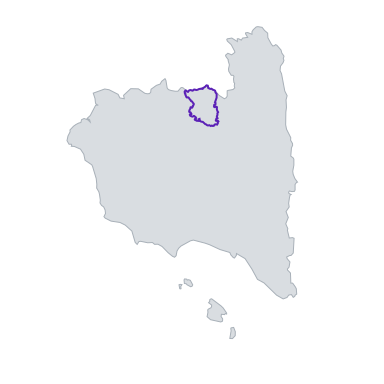 Salamanca on a map of Spain (Albers equal-area conic projection), rotated 80°
{"feature_id": "ESP-5841", "entity_name": "Salamanca", "entity_type": "Autonomous Community", "adm_level": 1, "iso_a3": "ESP", "parent_name": "Spain", "parent_adm1": "", "projection": "albers", "projection_center": [-6.114, 40.774], "detail": "fine", "context": "in_parent", "style": "outline", "palette": "violet", "viewbox_px": 384, "rotation_deg": 80, "n_neighbors": 0, "source": "natural_earth", "source_scale": "10m", "svg_char_len": 6655}
<svg xmlns="http://www.w3.org/2000/svg" viewBox="0 0 384 384"><g transform="rotate(80 192 192)"><path d="M200.6,86.4L200.7,87.4L202.5,89.2L207.8,90.1L209.1,90.9L209.0,93.5L207.9,95.9L209.0,96.9L210.3,96.8L211.7,94.8L212.1,96.0L214.5,97.0L219.9,98.8L223.6,98.9L227.6,102.8L233.8,101.6L239.6,105.2L244.8,104.0L246.1,104.7L254.2,104.2L254.4,100.9L255.3,99.5L269.7,102.9L271.7,105.5L271.5,106.9L272.5,110.1L274.3,109.8L277.9,107.7L282.9,109.5L284.4,111.4L285.4,111.5L288.9,109.1L298.9,110.5L299.1,109.0L299.8,108.4L303.7,106.6L305.4,106.1L310.7,106.6L311.6,108.4L312.7,109.0L313.3,110.6L310.3,111.9L310.3,114.6L312.4,116.8L313.1,120.8L308.3,126.6L294.0,136.9L289.4,142.7L278.3,146.4L266.8,151.3L260.3,158.9L262.1,159.3L264.4,161.6L263.8,162.7L260.8,164.6L258.1,165.3L253.6,174.3L247.0,183.8L244.6,188.1L239.6,199.0L239.8,202.0L243.3,212.2L245.1,214.9L247.5,217.0L252.0,218.7L253.2,220.5L251.9,222.4L247.7,226.0L240.5,230.9L237.5,234.6L237.0,238.0L234.9,239.7L234.3,244.4L231.6,251.2L231.6,252.9L234.1,255.1L231.8,256.7L220.0,258.0L213.0,263.5L209.5,268.2L206.6,276.8L202.7,282.0L201.0,283.0L198.1,280.9L194.6,280.7L191.3,281.6L189.5,283.4L186.8,284.5L184.1,283.7L178.2,283.5L175.6,283.7L171.6,285.2L168.0,284.4L162.1,284.0L149.4,285.5L147.8,286.0L142.2,291.8L136.0,292.0L130.4,294.4L126.7,300.0L126.0,302.9L124.9,302.3L124.0,302.5L123.6,304.8L119.7,306.2L115.3,304.4L111.6,301.6L109.7,301.4L106.6,297.2L105.3,294.4L104.4,291.5L104.3,289.4L101.6,288.2L100.9,285.5L102.9,282.0L105.5,280.1L103.1,280.3L101.3,282.5L99.0,278.9L89.8,271.8L90.3,269.3L88.8,271.1L87.7,271.6L83.0,271.3L77.5,272.1L75.4,260.1L76.9,255.9L83.0,247.8L86.8,246.7L88.4,242.5L84.9,242.6L79.6,234.4L81.1,226.9L86.6,221.3L87.5,219.0L87.7,216.9L86.7,215.4L83.7,214.5L80.8,208.5L80.2,204.7L77.7,202.6L75.7,198.9L77.5,198.3L85.2,198.4L87.0,197.5L88.4,195.0L89.9,190.9L90.3,188.4L87.4,184.8L87.3,184.1L87.7,182.9L92.3,178.9L91.4,176.0L92.2,169.8L91.8,166.1L91.4,163.1L89.8,159.3L90.9,157.7L93.3,156.4L95.2,153.3L98.0,150.6L101.6,148.5L105.8,143.9L105.1,141.9L103.7,140.7L98.5,139.8L98.2,138.8L98.2,133.8L96.9,131.8L95.0,132.0L92.2,131.1L91.5,131.7L87.9,131.5L85.3,130.6L84.2,131.3L83.9,133.1L79.6,134.8L77.2,134.7L73.3,133.1L68.8,133.6L68.3,133.2L64.4,135.1L63.1,135.2L61.6,132.6L63.8,129.1L62.0,125.6L60.9,125.5L53.7,127.8L49.5,131.0L47.9,131.3L47.3,130.7L47.3,126.1L51.7,121.2L49.0,120.8L49.2,119.4L51.0,117.1L49.2,115.4L49.4,110.3L45.5,111.8L44.6,111.6L44.6,109.5L47.1,105.6L44.6,105.1L42.8,103.5L40.6,100.1L40.6,98.4L42.0,94.4L45.4,92.6L48.7,89.9L53.2,90.5L59.9,88.3L62.2,87.1L62.2,85.4L61.4,84.2L62.1,83.0L67.6,79.7L70.8,79.4L74.2,77.8L76.4,78.9L78.3,78.6L80.5,79.9L83.4,83.0L87.7,84.2L91.1,83.3L108.7,83.1L113.7,81.6L117.6,83.4L125.1,84.3L129.6,85.7L142.1,88.1L146.6,88.0L155.6,85.3L158.1,85.9L161.7,84.6L163.5,84.8L165.8,86.4L173.8,88.5L175.9,86.5L177.4,86.0L183.2,87.0L189.1,89.2L192.1,89.3L196.5,88.4L200.6,86.4ZM317.5,184.3L319.8,185.0L322.0,183.9L323.2,184.0L324.5,184.4L325.0,186.2L321.0,195.9L317.4,198.8L313.3,197.2L310.9,197.0L310.2,196.3L309.3,193.4L308.2,192.6L306.7,192.3L303.9,194.9L302.8,193.5L301.3,193.3L300.7,192.4L300.6,191.2L309.2,183.2L311.7,181.4L317.3,178.9L318.2,179.1L317.5,180.3L318.4,181.2L317.5,184.3ZM343.4,177.6L342.8,180.2L335.5,177.6L333.2,177.5L332.6,177.1L332.6,174.5L337.1,173.6L341.0,174.4L343.4,177.6ZM281.4,213.6L280.7,215.4L277.2,215.1L276.3,214.4L276.9,212.3L277.9,212.0L277.8,210.5L278.7,209.0L283.6,207.4L284.8,208.3L285.1,209.7L282.5,213.0L281.4,213.6ZM285.4,220.5L284.9,220.9L281.1,220.9L280.9,219.7L281.5,218.0L283.1,219.5L285.3,219.6L285.4,220.5Z" fill="#d9dde1" stroke="#a8b0b8" stroke-width="1"/><path d="M90.9,180.8L90.9,180.6L91.0,180.3L91.1,180.2L92.1,179.5L92.3,179.3L92.7,178.6L91.9,177.8L91.4,177.0L91.3,176.0L91.7,175.0L92.2,174.2L92.3,173.9L92.2,173.4L92.0,173.0L91.7,172.7L91.5,172.4L91.5,171.9L91.6,171.4L92.1,170.5L92.3,170.0L92.3,169.6L92.3,169.1L92.1,168.1L91.8,167.1L91.8,166.7L91.8,166.1L91.8,165.9L91.9,165.7L91.8,165.2L91.8,164.3L92.2,164.2L92.3,163.8L92.2,163.4L92.0,163.2L91.6,163.1L91.4,162.9L91.3,162.3L90.8,161.1L90.5,160.5L89.8,159.8L89.6,159.4L89.5,159.1L89.8,158.7L89.9,158.1L90.3,157.9L91.7,158.0L92.3,158.0L92.6,157.7L93.5,156.4L93.7,155.8L93.6,155.1L93.7,154.9L94.0,154.5L94.8,153.9L94.9,153.6L95.1,153.2L95.9,152.0L96.2,151.7L96.6,151.6L98.0,151.6L99.5,150.9L99.8,150.7L103.4,151.4L107.7,153.8L108.1,153.4L109.3,153.5L109.8,153.7L109.9,153.8L110.0,154.0L110.0,154.3L109.9,154.6L109.9,154.8L110.3,155.2L110.5,155.2L110.9,154.9L111.0,154.8L111.3,155.0L111.4,155.3L111.7,155.5L112.0,155.4L112.3,155.2L112.4,154.8L112.4,154.7L112.3,154.3L112.3,153.6L112.3,153.1L112.5,152.8L113.0,152.7L114.7,153.2L116.9,152.9L117.8,152.4L118.0,152.4L118.7,153.2L119.1,153.4L120.5,153.5L121.7,154.4L123.7,154.1L123.8,155.2L123.9,155.3L124.7,155.3L124.8,155.4L125.2,156.0L125.4,156.1L125.6,156.1L125.9,156.1L126.0,156.0L126.1,155.9L126.2,155.7L126.3,154.2L126.9,153.8L127.1,153.7L127.3,153.9L127.6,154.3L127.8,154.5L128.0,154.6L128.6,154.6L128.8,154.6L130.0,155.6L129.5,156.6L129.4,157.1L129.5,158.0L129.7,158.3L130.1,158.4L130.3,158.5L130.5,158.9L130.6,159.4L130.6,159.9L130.5,160.3L130.0,160.9L130.3,162.0L129.2,163.4L129.3,164.5L129.2,164.9L128.8,165.6L128.0,166.2L127.4,167.2L124.8,169.2L124.3,170.8L123.7,171.4L122.9,171.8L121.5,171.9L121.3,171.9L121.5,172.9L123.2,172.9L122.7,174.9L122.5,175.3L122.2,175.5L121.4,175.6L121.6,176.4L121.3,176.7L121.0,176.7L120.7,176.5L120.1,175.9L120.1,175.3L120.0,175.2L119.7,175.1L119.1,175.3L117.6,176.6L117.4,176.9L117.4,177.2L117.7,177.7L117.9,178.2L117.8,178.5L117.7,178.9L116.7,180.4L115.9,180.7L115.4,180.7L115.2,180.4L115.4,180.0L115.5,179.8L115.5,179.6L115.4,179.3L115.2,179.0L114.9,179.0L114.7,179.1L114.3,179.3L113.5,179.5L113.4,179.6L113.2,179.8L113.1,180.1L113.0,180.4L112.9,180.6L112.7,180.7L112.5,180.8L112.2,180.8L111.6,180.6L110.8,180.2L110.5,179.9L110.3,179.7L110.0,179.5L109.5,179.2L108.7,178.9L108.4,178.7L108.5,178.5L108.6,178.4L108.6,178.1L108.8,177.9L108.9,177.7L109.0,177.4L108.9,177.2L108.4,177.0L108.1,176.9L107.9,176.7L107.9,176.3L107.5,176.2L107.2,176.1L106.9,175.7L106.7,175.5L105.9,175.0L105.5,175.0L105.2,175.0L104.2,175.7L104.0,175.8L103.7,175.9L103.3,176.0L103.0,176.1L102.8,176.3L102.7,176.4L102.6,176.6L102.5,176.8L102.4,177.0L102.2,177.2L101.5,177.3L101.3,177.4L101.1,177.5L100.6,178.0L99.8,178.3L99.6,178.4L99.1,178.6L98.9,178.7L98.2,179.3L98.0,179.6L98.0,179.8L98.1,180.2L98.1,180.4L98.0,180.6L97.9,180.8L97.7,180.9L97.4,181.1L95.8,181.4L95.5,181.5L95.3,181.6L95.0,181.7L94.8,181.7L94.4,181.4L94.2,181.5L93.5,181.9L93.0,181.8L92.9,181.7L92.7,181.8L92.4,181.9L92.2,181.9L91.7,181.7L91.1,181.0L90.9,180.8Z" fill="none" stroke="#5b21b6" stroke-width="2"/></g></svg>